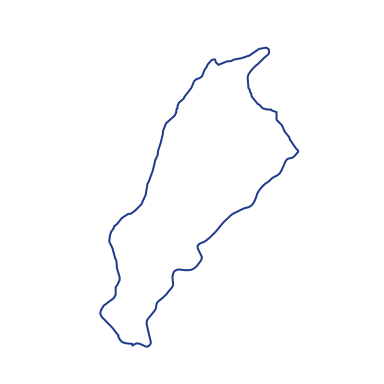 El Jícaro, El Progreso, Guatemala, rotated 137°
{"feature_id": "79465075B65572825799154", "entity_name": "El Jícaro", "entity_type": "district", "adm_level": 2, "iso_a3": "GTM", "parent_name": "Guatemala", "parent_adm1": "El Progreso", "projection": "mercator", "projection_center": [-89.909, 14.889], "detail": "fine", "context": "isolated", "style": "outline", "palette": "blue", "viewbox_px": 384, "rotation_deg": 137, "n_neighbors": 0, "source": "geoboundaries", "source_scale": "gbopen_adm2", "svg_char_len": 3301}
<svg xmlns="http://www.w3.org/2000/svg" viewBox="0 0 384 384"><g transform="rotate(137 192 192)"><path d="M340.1,120.3L338.9,120.1L338.2,119.9L337.2,119.6L335.9,119.1L335.1,118.4L334.5,117.7L333.7,116.5L331.6,111.5L330.9,110.0L329.9,109.2L328.2,108.9L327.4,108.9L325.6,109.3L324.4,110.4L319.1,119.8L315.2,126.3L314.0,127.7L313.2,128.3L311.9,129.0L310.7,129.3L309.4,129.4L308.1,129.6L307.2,129.7L304.4,130.1L302.3,130.4L300.5,130.7L299.7,130.9L298.5,131.2L297.5,131.8L294.3,134.2L293.3,134.8L292.1,135.0L289.3,134.9L287.5,134.7L286.0,134.6L282.0,134.6L280.8,134.6L279.1,134.9L276.2,135.4L275.0,135.4L271.9,135.8L270.0,136.4L269.0,137.2L268.0,138.3L266.8,140.0L265.4,141.7L264.4,142.9L263.8,143.6L262.5,144.5L261.5,145.1L260.1,145.8L258.9,146.0L257.9,145.9L256.4,145.5L254.9,144.7L253.9,143.7L251.5,140.8L250.5,139.6L249.3,138.5L247.7,137.1L246.5,136.2L245.4,135.6L244.0,135.1L242.0,134.6L239.9,134.6L238.5,134.6L235.9,135.1L234.2,135.4L232.2,135.8L230.6,136.5L229.2,137.6L228.9,138.4L226.9,144.8L226.1,147.1L225.4,148.1L224.7,148.7L223.6,149.0L222.0,149.0L220.7,148.7L219.7,148.3L218.1,147.6L215.9,147.0L214.6,146.8L213.7,146.8L212.4,146.7L210.5,146.6L208.4,146.6L206.2,146.7L204.1,146.7L202.2,146.8L199.6,147.0L198.4,147.2L195.7,147.6L192.9,148.0L190.9,148.2L188.9,148.4L187.4,148.4L186.2,148.4L182.1,148.4L179.3,148.4L177.9,148.3L176.8,148.2L175.5,147.7L173.6,147.2L172.2,146.7L168.7,145.7L167.3,145.3L166.0,144.8L165.0,144.5L163.3,143.6L161.9,142.8L160.8,142.2L159.5,141.9L158.1,141.7L157.2,141.7L156.2,141.7L154.3,142.1L151.5,143.1L150.0,143.8L148.5,144.5L146.9,145.5L145.4,146.3L142.8,147.1L141.2,147.5L137.2,148.0L135.0,148.1L133.3,148.1L131.5,147.9L130.0,147.6L128.5,147.4L127.2,147.4L125.2,147.5L123.5,147.4L121.1,146.9L120.1,146.5L118.8,146.1L117.9,145.9L117.0,145.8L115.4,145.9L114.4,145.9L113.3,146.3L112.1,146.8L111.2,147.0L107.4,148.6L103.3,150.4L102.0,150.9L100.5,151.1L99.4,150.9L97.8,150.2L96.5,149.3L95.8,149.0L94.6,148.5L93.3,148.4L91.9,148.4L91.0,148.5L89.9,148.6L88.9,148.8L87.5,148.8L86.4,149.5L86.1,150.6L86.2,151.7L86.3,152.5L84.7,163.3L83.5,166.1L83.0,173.1L80.7,179.6L80.9,187.2L75.7,192.7L78.1,197.4L78.1,198.7L79.2,199.5L81.0,201.4L83.3,205.1L83.2,209.9L83.9,211.4L83.2,221.1L81.5,223.9L81.2,226.0L80.0,227.3L79.8,229.5L73.4,237.6L70.6,239.5L64.6,240.7L59.0,240.9L56.9,240.7L47.3,240.9L42.5,240.6L40.5,241.4L38.5,244.1L39.2,246.9L45.3,250.9L57.1,252.7L64.9,256.3L70.9,260.2L74.1,261.1L77.4,263.7L86.0,267.0L86.1,270.5L84.8,273.1L86.2,274.6L87.8,275.1L93.4,274.6L95.8,273.5L99.5,272.8L105.6,269.8L108.6,270.1L112.2,271.6L114.8,271.6L121.4,268.6L133.0,266.7L134.0,266.0L140.9,266.2L143.9,264.8L145.4,263.2L146.7,263.2L149.7,260.7L152.6,259.7L164.3,259.9L171.7,256.3L173.6,254.4L181.4,249.3L188.5,245.4L192.5,242.1L196.8,240.6L205.7,234.6L216.3,229.2L218.9,228.4L227.7,221.6L237.5,217.5L246.2,217.2L251.4,217.8L253.7,219.5L261.0,220.8L268.3,219.7L272.6,219.9L273.7,219.0L278.3,218.0L282.0,215.9L286.3,212.2L288.5,205.2L293.7,195.3L293.8,194.0L295.2,192.0L299.0,187.2L302.9,179.3L304.9,177.0L310.0,174.9L312.6,174.6L317.8,169.0L321.2,167.7L334.2,169.1L339.1,167.7L341.9,165.8L343.2,162.5L342.8,146.6L343.7,138.5L343.6,137.3L344.8,136.1L344.7,134.8L345.4,134.0L345.5,130.1L344.0,127.1L340.2,122.6L339.4,121.7L340.1,120.3Z" fill="none" stroke="#1e3a8a" stroke-width="2"/></g></svg>